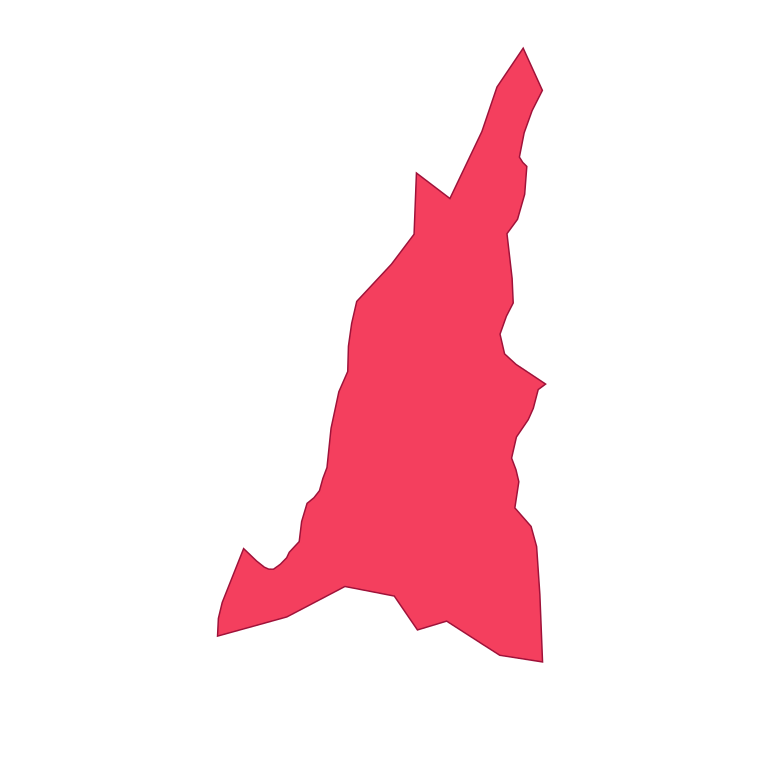 an SVG outline of Kabarole, rotated 349°
{"feature_id": "UGA-3106", "entity_name": "Kabarole", "entity_type": "District", "adm_level": 1, "iso_a3": "UGA", "parent_name": "Uganda", "parent_adm1": "", "projection": "equal_earth", "projection_center": [30.23, 0.607], "detail": "fine", "context": "isolated", "style": "filled", "palette": "rose", "viewbox_px": 768, "rotation_deg": 349, "n_neighbors": 0, "source": "natural_earth", "source_scale": "10m", "svg_char_len": 998}
<svg xmlns="http://www.w3.org/2000/svg" viewBox="0 0 768 768"><g transform="rotate(349 384 384)"><path d="M172.5,599.7L176.7,582.5L183.5,567.6L214.8,518.8L219.9,526.0L225.1,533.4L231.6,541.0L235.6,543.8L240.2,544.7L247.8,541.2L255.3,536.0L258.9,531.1L270.7,522.5L276.9,503.3L285.7,486.5L293.5,482.3L300.3,476.4L306.0,465.0L312.1,455.1L323.6,417.3L338.2,383.0L350.8,364.8L356.3,340.1L363.8,318.4L373.0,297.7L414.2,267.8L442.1,242.7L456.1,183.1L484.1,214.5L528.3,154.8L551.6,114.0L584.7,80.9L595.5,126.0L581.5,144.0L569.5,164.2L560.2,187.1L562.5,193.0L565.7,197.7L558.3,224.6L546.5,247.8L533.4,259.9L529.9,304.9L526.3,329.1L517.1,340.8L507.4,357.2L508.1,377.4L517.3,389.9L542.6,414.9L534.3,418.9L525.9,436.4L518.8,446.5L503.9,461.3L495.1,481.1L497.2,493.4L497.7,505.7L488.8,530.6L501.2,551.9L502.8,572.7L496.8,620.6L486.6,687.1L445.9,672.4L431.3,658.5L416.5,644.3L400.2,628.7L369.9,631.8L353.6,594.1L307.0,575.3L244.2,594.1L172.5,599.7Z" fill="#f43f5e" stroke="#9f1239" stroke-width="1.5"/></g></svg>